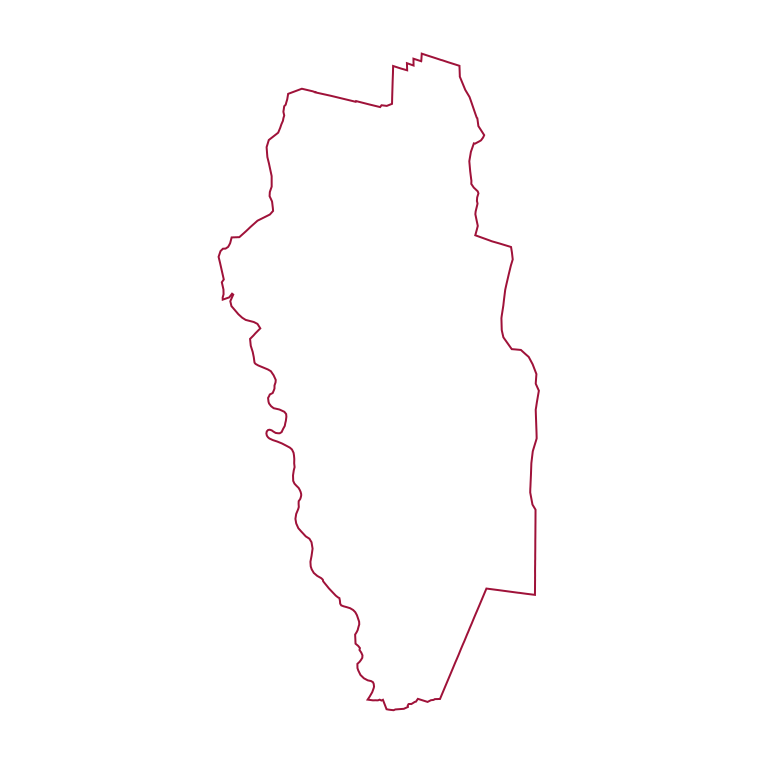 Atoyatempan, Puebla, Mexico, rotated 355°
{"feature_id": "50627088B54024314653329", "entity_name": "Atoyatempan", "entity_type": "district", "adm_level": 2, "iso_a3": "MEX", "parent_name": "Mexico", "parent_adm1": "Puebla", "projection": "mercator", "projection_center": [-97.911, 18.804], "detail": "fine", "context": "isolated", "style": "outline", "palette": "rose", "viewbox_px": 768, "rotation_deg": 355, "n_neighbors": 0, "source": "geoboundaries", "source_scale": "gbopen_adm2", "svg_char_len": 5194}
<svg xmlns="http://www.w3.org/2000/svg" viewBox="0 0 768 768"><g transform="rotate(355 384 384)"><path d="M412.3,702.7L428.0,672.9L430.7,667.7L432.4,664.6L434.7,660.3L437.5,654.8L440.1,649.9L441.5,647.4L443.2,644.1L445.0,640.6L446.1,638.6L447.1,636.7L448.0,634.9L450.8,629.7L451.3,628.7L453.0,625.4L455.7,620.3L456.2,619.4L459.4,613.4L464.2,604.3L468.2,596.7L480.5,599.4L492.1,602.0L499.7,603.7L500.4,603.8L503.5,604.5L507.5,605.4L512.7,606.5L516.0,607.2L516.7,599.9L517.3,593.5L517.4,592.7L517.6,590.1L517.8,588.3L518.2,583.3L518.6,579.2L518.9,576.3L519.1,573.8L519.4,571.5L519.7,567.9L520.4,560.8L521.1,553.0L521.4,550.1L522.7,536.4L522.8,535.4L524.0,522.4L521.4,517.1L520.7,510.0L520.2,504.8L520.6,501.2L520.9,499.2L521.5,494.5L522.4,487.8L523.9,475.7L526.3,464.2L526.5,463.6L529.8,455.4L530.3,454.2L531.3,451.6L531.4,450.6L531.7,445.7L532.0,439.9L532.4,432.2L532.6,428.3L532.9,422.8L533.6,420.1L534.6,415.9L536.7,407.9L537.7,404.2L535.9,399.0L535.3,397.3L535.2,396.7L536.7,387.4L533.8,377.3L530.5,369.6L530.1,369.2L527.7,366.7L523.8,362.5L523.3,362.0L517.3,360.9L514.3,360.4L513.3,358.7L507.8,349.3L507.0,347.9L506.6,345.1L506.2,342.1L506.0,340.5L506.7,328.7L507.2,326.4L509.7,316.3L510.2,313.8L510.7,311.3L512.9,301.0L513.0,300.6L514.6,295.5L518.0,285.1L520.8,276.8L521.3,275.6L523.1,271.1L522.9,264.0L522.5,258.6L522.3,258.5L511.1,254.0L503.8,251.2L501.3,250.0L487.9,243.8L490.0,238.1L491.2,234.7L490.3,227.2L489.8,222.8L490.3,220.3L490.3,220.2L490.4,219.9L492.9,212.5L492.7,210.8L492.5,209.8L493.1,206.2L494.7,202.3L494.4,201.2L494.2,200.3L490.5,196.1L488.8,193.0L488.4,192.3L488.8,189.1L488.7,187.6L488.4,179.6L488.4,179.0L488.4,169.5L488.5,169.1L490.7,160.7L490.8,160.3L494.5,152.1L495.6,152.5L500.3,150.5L501.9,149.7L504.2,147.1L505.5,144.8L500.5,135.3L500.2,128.6L500.1,127.3L499.6,126.8L498.5,122.6L495.3,109.7L494.6,107.0L494.2,105.5L490.6,98.1L486.3,84.4L486.4,83.4L486.9,73.6L475.6,68.9L470.1,66.5L469.4,66.3L464.3,64.1L463.6,63.8L456.7,60.9L455.5,60.4L450.4,58.2L449.3,65.4L449.2,65.7L441.7,62.5L441.2,69.3L434.8,66.4L434.4,73.5L428.1,71.1L420.8,68.0L420.0,75.2L419.0,83.2L417.6,95.1L417.1,99.4L416.6,103.9L416.4,105.6L411.0,107.2L407.3,106.4L405.8,106.1L404.3,107.8L393.9,104.3L380.8,99.7L380.5,100.2L380.4,100.4L356.3,92.3L341.0,87.5L341.1,87.1L339.7,86.8L338.8,86.3L327.9,82.7L313.8,86.6L312.4,92.0L311.2,95.0L310.4,97.2L308.8,98.6L307.9,102.4L307.8,102.7L307.5,104.1L308.0,107.8L306.9,110.6L306.8,111.1L306.2,113.1L304.5,116.2L303.9,117.5L303.0,119.6L300.5,124.4L298.7,125.6L290.5,130.9L288.9,134.9L287.7,137.8L287.6,145.6L287.6,147.8L288.6,154.2L289.0,157.5L290.2,167.1L289.3,177.6L287.0,182.8L286.4,186.9L288.3,192.2L288.4,192.7L288.6,199.0L288.6,201.9L285.1,205.2L272.2,210.3L264.7,215.9L260.2,219.5L252.7,225.1L245.0,224.7L243.0,230.3L242.0,231.9L240.7,233.8L238.0,235.3L235.3,235.2L232.7,237.4L230.3,242.9L231.2,248.9L233.5,265.9L231.3,268.5L232.3,275.9L232.0,280.6L230.8,283.8L230.7,285.9L237.4,284.2L240.5,280.8L241.6,281.8L238.1,288.1L238.8,293.1L245.0,301.8L248.5,305.6L251.8,308.1L259.7,310.9L260.5,311.4L263.2,313.1L265.6,317.8L260.3,322.3L258.2,324.3L256.3,325.9L254.5,327.4L254.6,334.3L256.0,340.6L256.6,345.9L256.8,350.0L256.9,351.5L257.8,352.8L260.4,354.6L265.4,357.2L269.6,359.4L272.4,361.4L274.8,365.7L276.5,370.5L276.1,372.9L274.8,375.9L274.5,379.0L273.7,380.7L272.3,383.3L269.3,384.5L268.7,385.7L267.3,387.8L267.4,391.6L267.8,393.4L269.6,396.3L272.0,398.5L273.9,399.1L277.6,400.3L282.3,403.0L283.9,405.4L283.9,408.1L283.0,412.2L282.3,414.2L281.5,417.1L279.6,419.9L277.8,423.0L275.8,424.0L274.0,423.8L271.8,423.3L269.6,421.7L268.1,420.4L266.2,419.6L264.6,419.7L263.8,420.4L263.1,421.0L262.5,423.0L262.8,425.2L263.8,427.0L265.1,428.3L268.4,430.2L272.6,432.0L277.1,434.3L281.5,437.1L284.7,439.2L286.6,441.2L287.9,444.6L288.1,447.5L288.1,450.8L287.6,455.3L287.7,459.0L286.6,462.1L285.4,467.1L285.1,472.6L286.1,475.4L287.7,477.5L289.9,480.1L290.8,482.1L291.5,484.1L291.9,486.4L291.8,487.8L291.3,489.4L290.6,491.1L289.9,492.0L288.8,493.3L288.5,495.8L288.4,499.1L287.6,501.2L285.2,505.8L284.0,510.6L284.4,515.3L286.1,520.2L288.6,523.6L292.8,529.0L296.2,531.6L298.0,535.3L298.5,541.8L296.8,549.1L295.2,554.7L295.1,559.3L295.8,562.3L297.6,566.1L300.7,569.3L304.6,572.0L306.0,573.6L306.2,575.2L307.1,576.6L311.3,582.8L314.7,587.1L317.5,590.6L319.5,592.5L320.9,593.4L321.2,596.0L321.2,599.0L322.1,600.8L324.3,601.9L327.3,603.0L330.7,604.4L333.6,606.5L335.5,608.8L336.9,612.0L338.5,618.6L338.4,621.3L337.4,623.8L336.3,626.9L335.0,629.0L333.4,631.1L333.2,636.2L333.0,640.2L335.5,642.7L337.0,645.0L336.4,646.8L337.1,648.1L337.9,649.5L338.9,652.4L338.5,654.9L337.1,656.8L335.5,658.6L333.1,660.5L332.8,664.7L333.4,667.1L335.2,671.8L338.3,675.4L342.0,677.8L345.2,678.8L347.0,680.1L347.6,681.8L347.7,684.6L347.2,686.1L345.4,690.0L342.3,694.4L340.2,697.0L345.5,698.2L347.6,698.3L350.4,698.6L352.2,698.1L353.8,699.1L355.4,698.5L358.2,708.2L359.9,708.7L360.8,708.9L362.1,709.2L365.2,709.8L366.9,709.2L375.5,709.3L376.0,709.1L379.7,707.8L379.6,706.4L380.6,705.0L382.1,705.0L383.3,705.2L384.6,704.6L386.9,703.4L388.2,703.2L388.9,702.3L390.3,700.6L399.7,704.5L403.2,703.1L405.9,703.0L407.0,702.4L408.6,702.4L412.3,702.7Z" fill="none" stroke="#9f1239" stroke-width="2"/></g></svg>